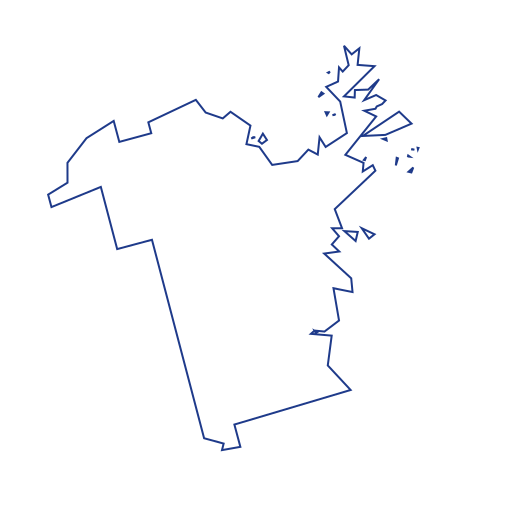 outline of West Arnhem, Northern Territory, Australia, rotated 75°
{"feature_id": "25037944B28082311396997", "entity_name": "West Arnhem", "entity_type": "district", "adm_level": 2, "iso_a3": "AUS", "parent_name": "Australia", "parent_adm1": "Northern Territory", "projection": "natural_earth1", "projection_center": [132.77, -12.357], "detail": "medium", "context": "isolated", "style": "outline", "palette": "blue", "viewbox_px": 512, "rotation_deg": 75, "n_neighbors": 0, "source": "geoboundaries", "source_scale": "gbopen_adm2", "svg_char_len": 1923}
<svg xmlns="http://www.w3.org/2000/svg" viewBox="0 0 512 512"><g transform="rotate(75 256 256)"><path d="M409.9,199.3L380.3,215.0L352.5,203.5L345.4,223.1L343.2,218.7L346.7,209.4L339.8,192.5L307.2,189.5L315.8,172.1L302.2,169.8L271.3,189.5L273.2,174.4L264.5,179.8L258.4,170.7L248.9,175.3L251.5,165.7L231.1,167.8L204.5,118.6L198.5,119.7L202.0,131.0L193.9,128.0L181.4,143.5L152.3,103.8L143.7,113.8L144.7,102.5L142.8,100.7L141.9,94.9L139.3,90.6L131.6,98.3L133.5,111.2L117.1,91.3L124.3,104.6L121.3,117.5L128.5,119.7L124.6,129.7L103.3,92.4L97.7,108.4L82.1,102.4L86.0,111.4L75.7,116.6L95.7,117.1L100.3,124.5L95.3,127.0L108.7,131.6L110.8,144.4L128.6,134.7L160.8,136.4L168.7,160.5L157.8,163.9L174.0,170.1L166.8,177.9L175.1,191.2L172.2,216.8L151.4,224.6L145.5,236.3L128.6,227.6L110.1,243.3L114.5,252.5L104.4,267.5L89.6,273.7L99.0,325.4L110.3,325.4L110.4,358.5L88.7,358.5L98.3,389.2L117.2,414.0L136.4,419.1L142.9,440.9L155.8,440.9L149.1,388.0L213.4,388.3L213.4,352.3L418.6,353.3L428.8,335.8L434.7,339.1L436.3,320.5L413.2,320.5L409.9,199.3ZM172.5,99.7L168.4,71.5L153.6,80.4L167.7,121.8L172.5,99.7ZM259.1,151.5L254.8,164.2L267.3,155.9L259.1,151.5ZM139.6,217.7L145.6,223.7L149.1,221.2L146.8,215.4L139.6,217.7ZM265.7,135.9L256.5,146.7L268.5,142.4L265.7,135.9ZM114.8,150.4L118.7,154.6L116.6,148.9L114.8,150.4ZM204.7,97.5L198.4,93.6L197.6,94.7L204.7,97.5ZM211.2,81.2L214.1,86.9L215.5,84.3L211.2,81.2ZM135.1,151.6L138.3,151.1L136.0,148.7L135.1,151.6ZM175.9,99.7L175.8,103.0L178.2,99.9L175.9,99.7ZM141.3,230.1L141.1,226.0L140.5,227.9L141.3,230.1ZM343.5,218.7L345.7,218.2L345.4,216.8L343.5,218.7ZM199.9,81.7L198.3,83.0L199.0,83.4L199.3,83.2L199.9,81.7ZM188.9,124.0L191.1,126.9L191.6,126.0L188.9,124.0ZM97.0,136.9L97.5,139.0L98.1,138.4L97.0,136.9ZM193.3,71.9L194.9,72.0L193.7,71.1L193.3,71.9ZM193.2,78.5L194.3,75.5L193.3,77.3L193.2,78.5ZM139.5,142.4L139.8,145.7L140.0,143.6L139.5,142.4Z" fill="none" stroke="#1e3a8a" stroke-width="2"/></g></svg>